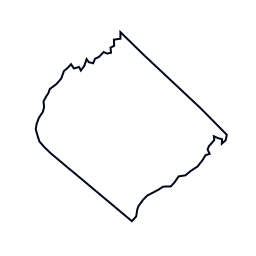 Ibema, Paraná, Brazil, rotated 216°
{"feature_id": "56859067B69632194829853", "entity_name": "Ibema", "entity_type": "district", "adm_level": 2, "iso_a3": "BRA", "parent_name": "Brazil", "parent_adm1": "Paraná", "projection": "robinson", "projection_center": [-53.02, -25.153], "detail": "fine", "context": "isolated", "style": "outline", "palette": "ink", "viewbox_px": 256, "rotation_deg": 216, "n_neighbors": 0, "source": "geoboundaries", "source_scale": "gbopen_adm2", "svg_char_len": 943}
<svg xmlns="http://www.w3.org/2000/svg" viewBox="0 0 256 256"><g transform="rotate(216 128 128)"><path d="M70.1,54.9L69.4,61.3L72.5,67.3L73.6,70.9L73.6,78.9L72.7,84.7L67.0,96.2L65.3,100.9L62.7,103.2L59.1,105.8L58.4,111.2L58.6,118.6L53.7,123.5L51.9,130.5L49.1,137.7L48.8,145.6L49.3,151.5L46.8,155.1L51.0,157.4L51.9,161.1L51.4,164.7L51.2,169.1L53.7,171.8L49.3,172.7L45.4,174.2L42.9,170.5L41.8,175.5L44.1,180.6L81.1,186.7L157.5,196.3L190.5,201.1L186.6,195.8L191.3,191.2L187.5,186.3L189.4,182.8L186.0,178.9L188.6,175.9L192.3,175.2L193.3,168.4L195.4,164.7L194.2,159.9L198.4,158.2L202.0,159.4L199.9,152.8L199.9,146.8L203.5,148.6L206.7,144.4L211.6,146.1L212.2,140.9L213.3,136.4L211.1,128.7L211.7,121.6L214.2,113.6L212.9,109.2L212.7,105.0L212.0,99.9L208.2,95.6L206.4,91.1L206.0,83.5L204.3,77.6L202.1,73.0L199.5,70.8L195.4,67.7L191.7,65.0L184.1,63.3L175.3,62.1L152.7,60.5L148.5,60.3L70.1,54.9Z" fill="none" stroke="#020617" stroke-width="2"/></g></svg>